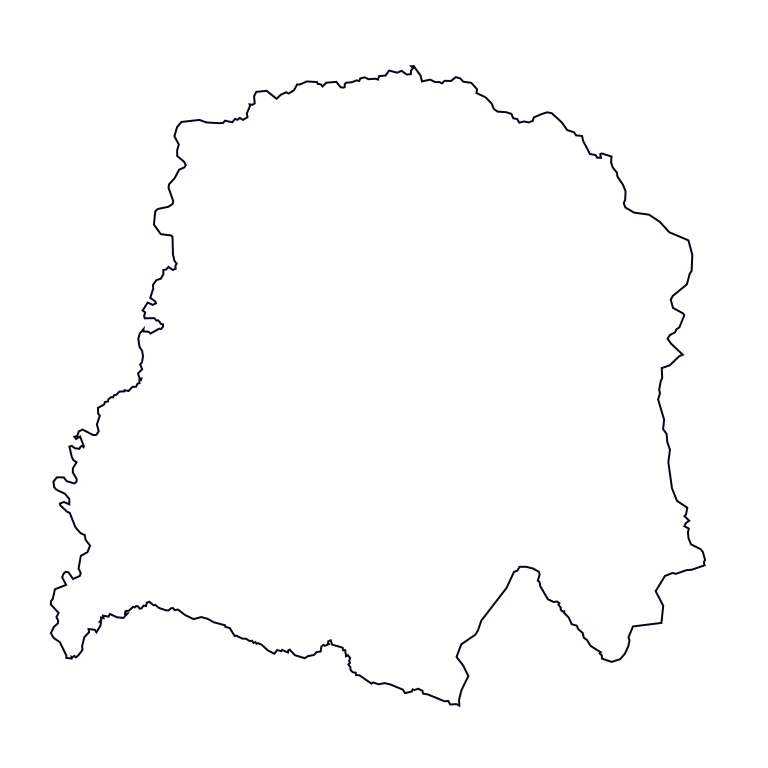 Tain, Brong Ahafo, Ghana (orthographic projection), rotated 182°
{"feature_id": "2480657B14065489870616", "entity_name": "Tain", "entity_type": "district", "adm_level": 2, "iso_a3": "GHA", "parent_name": "Ghana", "parent_adm1": "Brong Ahafo", "projection": "orthographic", "projection_center": [-2.339, 7.791], "detail": "fine", "context": "isolated", "style": "outline", "palette": "ink", "viewbox_px": 768, "rotation_deg": 182, "n_neighbors": 0, "source": "geoboundaries", "source_scale": "gbopen_adm2", "svg_char_len": 6090}
<svg xmlns="http://www.w3.org/2000/svg" viewBox="0 0 768 768"><g transform="rotate(182 384 384)"><path d="M692.0,99.2L686.7,98.7L686.8,100.4L685.9,99.8L684.0,101.5L682.5,100.1L680.3,101.8L676.0,107.7L676.6,111.4L674.6,120.6L670.1,125.6L670.7,128.8L664.3,128.2L662.7,125.8L659.0,132.4L658.5,136.1L659.9,136.4L658.3,138.5L658.6,140.8L656.1,140.3L656.7,142.7L651.2,141.9L649.9,144.6L643.0,141.6L636.2,141.1L632.4,145.7L634.8,145.2L634.5,147.9L631.0,148.6L626.9,152.6L625.4,152.0L624.0,153.4L622.1,153.2L620.3,151.0L618.5,151.3L616.6,154.1L614.2,153.7L613.3,157.2L610.9,158.2L606.6,154.8L605.0,155.3L600.9,152.3L593.6,150.1L591.3,150.3L588.8,152.6L586.9,152.6L585.3,150.7L582.1,151.4L574.6,146.1L566.1,142.4L558.4,144.7L551.9,143.1L546.0,140.0L534.4,137.3L534.1,135.8L529.5,134.6L524.4,126.8L523.0,127.4L516.7,124.6L513.0,124.6L509.5,122.5L506.8,122.8L505.4,120.7L503.4,121.6L502.3,119.9L500.8,120.6L497.1,119.1L490.9,113.8L484.2,110.6L481.5,114.3L477.3,113.5L476.5,114.7L470.6,112.3L470.2,114.6L468.9,115.2L463.6,109.9L453.7,107.2L450.7,109.3L444.5,110.8L442.0,113.7L437.9,114.5L437.4,119.5L435.4,121.2L433.8,120.3L430.0,122.2L431.0,122.7L430.7,124.9L428.3,126.0L426.7,121.7L416.2,119.1L415.6,116.5L413.5,116.6L412.4,110.6L410.6,111.7L408.2,108.9L409.2,106.2L408.3,104.1L409.8,102.5L407.7,99.8L407.5,97.0L405.0,94.8L402.2,94.5L401.7,92.1L398.6,92.1L386.0,84.1L384.5,85.4L378.9,83.7L372.9,85.1L367.0,83.9L354.5,79.2L352.2,75.8L345.6,77.6L344.7,79.8L343.1,79.2L339.1,80.6L334.9,78.7L334.1,75.9L329.4,75.3L312.4,69.0L308.8,69.5L306.6,66.0L300.6,66.6L297.5,65.2L298.0,70.9L295.9,80.8L289.5,95.0L295.1,105.5L302.0,113.8L297.6,126.6L284.0,136.6L281.5,140.9L278.5,150.9L254.4,184.5L247.5,200.8L244.1,202.2L242.2,206.0L235.7,206.3L228.6,204.8L222.6,201.7L221.8,198.9L223.4,193.0L221.6,191.5L220.8,187.4L212.7,174.6L206.9,172.1L203.2,172.6L201.1,171.0L202.0,169.6L199.4,166.4L199.7,165.0L197.9,163.0L195.9,163.1L195.9,161.4L191.1,156.9L188.1,150.5L182.9,149.2L181.3,145.7L176.8,142.2L175.5,137.5L172.2,135.2L168.3,129.4L158.0,123.4L159.0,122.2L156.8,120.4L156.6,117.2L146.7,114.2L138.3,117.3L133.8,122.9L130.8,130.1L129.7,136.1L130.8,139.5L126.7,150.4L98.4,154.9L97.2,172.1L105.3,186.4L96.5,202.0L89.0,205.2L85.5,204.5L75.1,208.6L70.0,209.1L57.3,214.0L58.1,217.2L57.0,219.3L59.4,227.1L61.7,229.9L71.6,234.5L74.3,240.5L75.1,246.5L74.3,250.2L78.9,252.4L77.5,255.5L74.2,258.0L79.1,262.4L77.6,264.1L76.6,271.0L87.1,277.4L92.6,290.0L97.1,315.8L95.9,328.3L98.9,336.0L99.8,343.9L103.5,348.6L102.8,358.1L109.5,378.1L107.9,384.3L108.8,388.0L107.6,396.2L106.2,399.7L107.0,409.6L99.0,412.7L89.9,422.1L86.4,423.7L98.5,434.3L102.2,439.2L100.1,442.8L95.1,445.7L93.5,449.0L90.8,450.9L86.3,463.1L87.6,465.0L97.8,470.1L100.4,478.3L98.4,482.2L84.8,494.1L82.3,504.9L80.5,507.8L80.4,523.9L84.8,538.2L104.2,545.6L113.9,555.6L125.1,562.5L140.0,564.0L149.0,568.9L150.7,573.0L149.4,576.7L149.3,585.1L152.2,591.6L157.9,599.4L158.7,603.5L162.9,608.3L164.8,613.3L164.6,619.3L174.5,622.0L175.9,621.2L175.1,617.6L179.0,617.7L180.4,620.1L186.2,621.1L193.5,633.9L194.7,638.8L200.7,639.2L202.9,642.2L209.8,644.2L215.3,651.5L225.8,660.5L230.5,661.2L236.0,659.2L243.5,655.7L244.5,652.2L248.4,650.5L253.3,651.3L257.9,649.9L260.1,653.4L264.1,654.1L266.1,658.4L271.4,659.9L280.0,660.2L283.8,662.7L286.1,667.9L292.5,674.1L301.8,678.0L301.3,681.8L307.2,688.0L315.4,688.9L318.4,692.0L322.9,693.2L327.6,689.2L334.1,689.1L336.5,686.5L339.2,687.7L343.4,687.5L348.5,689.8L356.6,687.7L358.2,693.4L365.4,702.8L367.9,702.5L365.9,700.7L368.0,698.0L368.0,694.6L372.3,694.1L377.3,697.6L381.8,695.6L389.9,697.4L393.2,692.3L399.6,691.6L400.6,688.0L403.3,688.8L410.1,688.1L414.1,689.8L418.4,688.5L419.3,685.9L422.0,686.5L426.8,684.4L431.9,683.9L433.7,682.5L433.6,679.5L434.6,678.8L437.6,679.0L442.2,684.3L452.2,683.1L455.8,679.2L457.7,681.3L460.6,681.6L461.6,683.4L471.7,683.7L478.7,680.3L481.2,680.4L484.2,674.5L489.3,671.0L492.1,672.1L497.2,669.5L501.3,665.3L511.6,672.9L521.8,671.5L523.9,667.1L523.0,659.9L525.3,658.4L528.1,658.8L527.6,657.1L530.6,649.5L529.7,645.9L534.2,643.0L537.4,644.9L539.6,642.9L542.1,643.8L544.7,640.3L552.1,641.6L553.9,639.3L557.1,638.9L570.6,639.2L577.7,641.5L595.6,638.8L599.7,633.7L602.1,624.2L597.4,616.2L598.9,610.2L598.6,604.6L591.6,599.2L589.7,595.8L591.1,593.5L596.3,591.0L600.3,582.5L605.8,576.1L606.2,572.6L601.0,559.4L601.6,556.5L605.7,553.6L616.2,551.0L618.6,548.6L619.5,535.3L612.4,526.0L601.8,525.0L600.5,523.7L599.4,505.8L597.6,499.5L595.4,497.1L596.7,494.5L596.2,491.9L598.9,490.6L603.5,493.5L605.8,490.8L608.5,490.3L608.4,485.8L610.7,481.5L615.2,479.8L618.4,474.8L617.9,471.4L620.6,461.9L615.5,458.6L614.7,456.7L617.9,455.0L623.0,457.1L627.8,449.0L625.1,447.3L626.1,443.7L625.4,441.3L615.8,441.8L613.6,439.4L611.8,439.7L608.8,436.1L606.9,435.9L606.8,433.7L608.6,431.2L610.5,431.5L619.1,426.3L621.2,428.0L626.6,428.2L626.3,430.4L629.8,426.1L631.1,420.6L629.6,412.5L626.9,408.7L625.8,403.3L626.6,397.3L628.4,395.0L626.2,390.4L630.2,385.9L628.3,380.7L626.6,381.0L627.0,379.6L628.6,379.5L628.4,376.3L630.3,375.8L631.7,372.6L635.4,372.3L639.0,368.1L643.1,368.7L643.3,367.6L648.3,367.1L651.1,363.9L653.2,363.6L654.2,361.3L656.1,361.4L658.9,359.1L659.2,357.0L662.2,356.3L663.1,353.6L669.0,350.2L668.7,344.6L666.9,342.4L669.5,333.6L667.5,326.8L669.7,323.1L672.9,322.8L683.7,328.0L687.4,325.9L688.7,321.4L691.6,320.4L689.9,318.3L685.9,320.9L681.8,311.3L682.1,310.4L683.4,311.6L685.1,310.8L686.1,308.6L690.6,309.0L693.9,311.2L696.2,310.5L693.5,300.2L691.6,296.9L688.5,295.1L692.0,288.9L691.9,284.8L687.7,278.0L688.0,275.4L690.1,273.8L697.9,275.9L700.7,279.5L707.7,279.3L711.0,274.7L709.9,269.2L707.6,266.9L699.1,263.2L694.5,258.2L694.3,252.8L699.7,254.9L703.7,253.3L703.2,251.3L696.2,245.2L693.6,244.3L687.3,229.9L682.0,224.3L677.8,222.6L676.8,217.9L672.1,212.2L674.5,205.6L681.0,201.7L682.8,188.9L680.5,184.4L681.3,181.6L687.9,178.3L692.8,184.8L695.5,185.2L697.4,183.6L698.9,179.7L694.7,172.1L705.7,167.4L707.5,157.7L709.2,155.5L709.3,152.1L701.2,143.9L703.2,139.6L701.4,136.2L701.5,133.5L705.5,129.6L708.2,123.4L705.4,118.8L698.9,114.6L692.0,101.6L692.0,99.2Z" fill="none" stroke="#020617" stroke-width="2"/></g></svg>